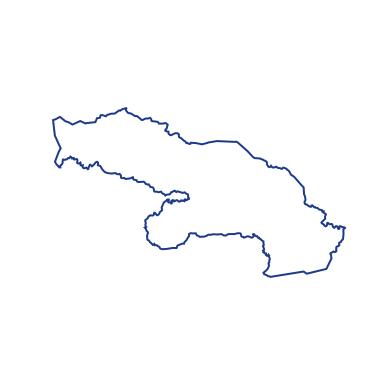 the district of Olanchito, Yoro, Honduras, rotated 26°
{"feature_id": "27666195B25086521151184", "entity_name": "Olanchito", "entity_type": "district", "adm_level": 2, "iso_a3": "HND", "parent_name": "Honduras", "parent_adm1": "Yoro", "projection": "robinson", "projection_center": [-86.665, 15.434], "detail": "fine", "context": "isolated", "style": "outline", "palette": "blue", "viewbox_px": 384, "rotation_deg": 26, "n_neighbors": 0, "source": "geoboundaries", "source_scale": "gbopen_adm2", "svg_char_len": 6076}
<svg xmlns="http://www.w3.org/2000/svg" viewBox="0 0 384 384"><g transform="rotate(26 192 192)"><path d="M135.6,143.4L132.3,145.0L131.2,144.2L130.0,144.1L124.8,145.9L123.8,145.2L123.4,144.3L121.8,143.8L119.9,145.5L118.8,145.9L117.5,146.9L116.1,148.9L115.1,149.3L109.5,147.9L107.3,148.7L102.4,148.2L100.5,148.9L99.7,148.9L96.9,147.6L96.3,146.8L96.4,145.7L96.1,145.5L93.3,147.8L91.8,150.4L90.7,150.7L88.6,154.7L87.3,156.0L85.9,156.5L84.0,157.9L83.1,159.0L82.0,159.8L81.4,161.7L77.9,162.1L76.2,163.1L76.7,165.6L74.3,167.3L74.5,171.6L67.0,176.3L66.3,177.1L60.4,177.2L55.2,183.6L54.8,183.8L50.8,183.4L47.2,183.9L40.4,182.4L37.5,186.4L35.6,188.3L44.0,201.4L54.9,210.4L54.6,211.9L54.8,213.5L54.6,214.1L55.6,224.9L58.1,226.6L60.1,227.2L60.5,227.6L61.1,227.6L61.9,228.1L62.9,227.6L62.8,227.3L61.9,226.7L63.0,224.0L62.9,222.4L61.8,219.9L61.8,219.3L63.3,219.1L64.2,218.1L65.2,217.6L65.8,215.8L66.8,215.4L67.2,213.5L68.4,213.7L69.3,214.5L69.6,214.4L70.2,213.5L70.8,213.3L71.4,214.4L71.7,214.5L73.9,213.0L74.4,212.9L75.2,213.7L75.8,215.9L76.2,216.3L77.9,216.1L78.8,214.5L79.4,215.1L80.2,216.8L80.8,216.8L82.2,215.8L82.6,217.3L83.8,218.1L84.6,218.0L86.3,216.4L88.3,217.2L88.7,216.8L88.3,215.2L88.3,212.4L88.7,212.0L90.8,212.8L91.8,210.7L92.4,207.8L93.3,206.5L94.8,206.8L95.7,209.2L97.1,208.9L98.4,208.9L100.9,210.7L103.8,212.0L105.3,212.3L107.8,212.0L111.6,210.7L115.0,208.5L116.7,208.8L117.8,208.5L119.0,207.5L120.8,208.2L121.7,209.9L122.2,210.3L123.2,210.2L125.0,209.1L126.7,209.4L130.5,206.8L132.4,204.6L132.7,204.8L133.0,205.8L134.2,206.4L137.0,205.7L138.2,206.7L139.8,206.4L144.1,203.9L145.8,204.3L146.7,205.0L149.1,204.7L149.8,204.1L152.4,205.7L154.5,205.1L155.2,205.2L156.3,206.0L157.4,207.7L158.3,208.1L160.1,207.2L162.2,206.8L164.1,205.2L166.0,206.3L168.1,206.1L169.5,206.9L170.8,205.2L172.8,204.0L173.3,203.2L173.3,201.5L174.1,200.8L174.8,199.5L175.6,199.1L175.9,198.4L177.9,198.9L178.5,198.0L178.9,197.7L184.0,196.9L185.7,195.5L187.5,196.1L189.2,195.9L190.1,196.8L190.3,197.6L190.6,198.1L192.1,199.0L192.3,199.7L192.2,199.9L191.4,199.9L190.8,201.6L189.3,201.5L188.9,201.7L188.8,202.1L189.5,202.8L189.2,203.7L187.6,203.6L186.8,204.5L185.8,204.3L185.2,206.0L184.4,206.4L182.5,205.9L181.7,206.1L180.0,208.4L179.6,208.4L179.1,207.5L178.1,207.8L177.5,209.1L178.7,210.6L178.7,211.1L178.4,211.5L177.0,210.7L175.8,211.6L175.0,211.5L174.4,210.6L174.8,209.4L174.4,208.9L173.3,209.4L172.9,210.0L172.5,211.7L171.7,212.7L171.3,213.9L171.5,219.2L173.1,221.5L171.9,224.2L172.1,225.7L171.9,226.8L171.3,227.8L170.7,228.2L169.9,228.0L168.1,227.0L167.2,227.2L167.1,227.7L167.7,228.7L167.4,229.9L166.8,230.5L164.9,231.2L164.2,231.9L163.7,233.3L163.6,235.3L162.4,237.8L162.7,238.7L164.1,240.1L164.4,241.7L165.4,243.2L166.1,243.5L165.2,244.7L166.2,245.0L168.4,246.9L169.9,247.4L170.4,248.3L170.8,251.1L172.5,254.0L173.2,254.5L174.7,254.5L176.4,255.6L177.2,255.6L178.7,256.3L179.4,256.2L180.0,256.7L180.5,256.4L180.9,255.3L181.9,256.2L183.7,255.2L184.5,255.6L186.8,255.7L187.9,256.6L189.1,256.7L190.2,256.5L194.3,254.2L199.2,250.7L202.6,249.2L202.7,248.8L202.4,247.0L202.7,246.2L206.0,242.6L207.5,241.9L207.2,240.4L208.2,237.6L208.3,234.5L208.7,233.1L207.8,231.0L208.8,229.6L210.8,228.9L213.5,227.5L215.4,228.9L216.7,228.7L218.6,228.9L222.6,226.7L224.4,224.9L225.4,223.2L227.3,222.4L229.7,220.6L233.4,219.1L237.0,216.9L239.4,217.1L241.4,216.4L243.2,213.8L248.6,211.2L251.3,208.9L253.0,208.2L253.7,208.0L254.3,208.3L255.7,210.1L256.9,210.3L257.9,209.9L258.8,210.2L261.3,207.5L262.8,207.0L265.3,207.0L266.2,206.4L266.6,205.7L266.7,204.6L266.5,204.1L265.4,203.3L265.8,202.8L266.4,202.7L267.9,203.6L269.2,203.6L269.9,203.1L271.5,204.2L271.8,204.2L272.4,203.7L273.4,204.4L274.1,204.2L275.9,204.9L277.9,205.1L278.6,206.7L279.6,207.8L279.4,208.9L279.9,209.3L279.8,209.9L281.8,211.6L281.9,212.6L281.5,213.7L281.8,213.9L282.3,213.5L282.7,213.7L282.6,214.9L284.2,215.1L285.4,214.8L285.9,216.1L286.7,215.9L287.4,216.5L287.9,216.3L288.2,214.9L288.7,215.4L289.2,215.4L289.4,216.2L290.9,217.6L291.5,218.7L291.5,219.8L292.3,221.3L292.0,222.7L293.4,224.2L293.7,225.8L293.7,227.7L293.3,229.4L291.7,233.1L292.2,233.3L292.4,234.0L292.8,234.2L296.1,234.0L297.1,234.4L298.4,233.9L299.7,233.9L327.1,214.6L331.0,215.1L346.5,202.2L346.5,190.6L344.5,187.6L343.6,187.1L343.3,186.2L344.1,185.4L345.2,183.5L346.5,183.5L347.2,182.8L347.7,182.0L346.9,180.9L346.9,180.1L346.2,179.3L345.9,178.1L346.6,176.9L347.2,176.6L347.7,175.6L347.7,175.1L346.6,173.5L346.6,173.0L347.8,171.5L347.7,169.8L348.1,169.3L348.4,168.2L346.7,163.6L344.4,159.2L345.3,157.2L344.9,157.0L341.8,157.7L340.4,157.7L339.8,158.0L339.7,158.5L340.5,160.3L339.9,161.0L339.1,160.7L337.8,159.4L337.2,159.2L336.4,159.6L336.0,160.2L335.7,161.8L335.0,161.9L333.8,161.4L332.4,159.8L331.6,159.5L329.7,160.7L327.9,160.2L327.3,160.4L327.2,160.9L327.9,162.5L327.6,163.7L327.0,164.3L326.1,164.3L325.0,163.5L322.3,163.2L321.7,162.7L323.4,157.7L322.3,155.7L322.2,153.5L321.9,153.2L319.3,152.9L318.9,151.6L318.2,151.9L318.0,152.5L317.6,152.5L317.1,151.6L316.6,151.3L314.2,152.0L311.8,151.4L310.4,151.8L309.4,151.6L308.7,152.2L306.3,151.3L305.9,152.1L305.3,152.0L305.4,153.1L304.6,153.5L301.3,153.3L300.5,152.9L299.7,153.3L298.4,153.0L297.4,151.4L297.6,150.1L297.3,149.0L295.2,146.1L293.7,144.9L290.3,138.9L287.9,138.1L277.0,133.5L273.2,133.0L271.6,131.7L269.4,130.4L267.8,130.3L266.7,129.7L265.7,129.9L264.2,129.7L263.2,130.3L262.8,131.6L262.3,132.0L260.7,131.9L258.9,132.7L256.7,132.3L255.4,133.7L253.8,134.6L252.7,134.4L251.5,133.8L251.4,134.9L251.0,135.6L249.4,135.8L247.6,134.6L246.1,132.3L244.4,131.8L243.0,132.1L241.6,131.8L239.4,132.2L238.5,132.0L233.6,134.0L231.6,133.9L224.2,131.0L211.7,127.5L210.0,127.3L208.2,128.3L192.1,135.3L184.9,140.4L184.3,141.2L180.0,144.8L174.1,146.3L169.3,148.3L169.4,149.4L169.3,149.6L167.6,150.1L166.4,149.9L165.5,150.5L164.2,149.6L162.7,149.5L158.2,148.3L156.5,148.4L155.6,147.5L155.0,146.0L154.3,145.6L152.9,145.7L151.4,146.4L150.5,147.3L148.4,150.1L147.1,150.4L145.2,149.7L144.4,148.1L142.7,148.6L141.2,148.7L140.8,147.6L141.3,146.5L141.3,145.5L140.6,142.1L138.0,141.6L135.6,143.4Z" fill="none" stroke="#1e3a8a" stroke-width="2"/></g></svg>